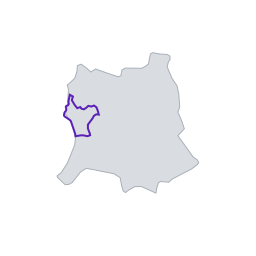 Kosovo, with Đakovica highlighted, rotated 36°
{"feature_id": "KOS-5890", "entity_name": "Đakovica", "entity_type": "District", "adm_level": 1, "iso_a3": "XKX", "parent_name": "Kosovo", "parent_adm1": "", "projection": "equal_earth", "projection_center": [20.354, 42.389], "detail": "fine", "context": "in_parent", "style": "outline", "palette": "violet", "viewbox_px": 256, "rotation_deg": 36, "n_neighbors": 0, "source": "natural_earth", "source_scale": "10m", "svg_char_len": 1570}
<svg xmlns="http://www.w3.org/2000/svg" viewBox="0 0 256 256"><g transform="rotate(36 128 128)"><path d="M78.7,95.9L89.9,92.4L91.5,89.9L89.0,84.6L90.5,81.2L103.9,71.7L106.1,67.4L106.9,64.0L105.1,60.5L102.6,54.8L103.8,52.5L110.7,49.2L116.3,45.5L119.7,45.2L121.8,47.9L121.8,50.7L123.6,55.4L127.8,58.0L134.7,62.1L142.8,65.0L149.1,70.7L157.7,80.9L159.0,85.9L166.8,90.4L174.0,95.5L172.9,104.9L197.5,113.1L203.0,113.1L205.6,114.5L205.6,116.7L203.7,123.3L193.7,143.5L192.9,147.8L185.8,152.2L184.8,154.7L186.9,160.3L188.8,164.3L188.6,164.3L173.2,167.5L168.0,171.4L164.9,178.1L163.9,181.7L161.2,181.8L156.6,178.3L150.9,172.8L143.4,173.3L118.0,185.1L115.5,191.4L114.9,204.9L113.2,208.5L110.5,210.8L99.9,209.4L98.8,208.5L100.2,203.3L99.6,192.0L94.9,173.2L91.5,167.1L84.5,161.0L79.1,157.0L69.4,153.5L64.4,143.2L57.0,131.6L53.5,128.9L54.0,127.8L55.7,119.0L53.6,112.6L50.4,107.2L52.6,103.9L59.4,103.9L65.1,104.5L67.1,99.3L78.7,95.9Z" fill="#d9dde1" stroke="#a8b0b8" stroke-width="1"/><path d="M70.2,155.9L69.1,155.7L68.4,154.9L67.6,153.0L67.5,152.2L67.6,150.6L67.4,149.6L66.9,148.9L65.5,147.8L65.1,147.0L65.2,146.3L66.1,144.9L66.1,143.9L65.7,143.0L64.5,141.9L64.0,141.2L61.4,135.3L64.9,134.9L66.2,138.5L71.1,140.6L75.3,141.8L77.1,139.1L79.0,139.7L81.3,138.8L82.2,136.7L82.9,133.4L85.7,132.2L87.3,129.8L90.3,129.8L93.1,131.6L96.5,134.3L94.3,135.6L93.3,138.1L93.7,141.4L93.6,145.2L93.6,148.8L95.7,151.8L98.6,153.8L100.1,154.7L101.6,156.1L100.1,158.4L96.0,160.3L94.1,161.7L90.4,165.5L88.9,163.9L77.7,156.0L76.3,155.7L70.2,155.9Z" fill="none" stroke="#5b21b6" stroke-width="2"/></g></svg>